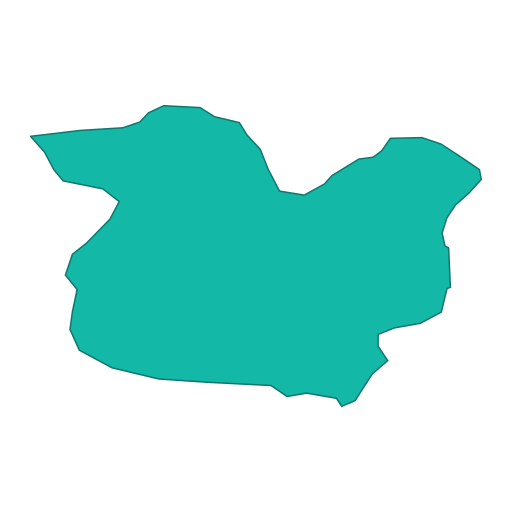 Trollhättan, Västra Götaland, Sweden
{"feature_id": "70781695B47342349503328", "entity_name": "Trollhättan", "entity_type": "district", "adm_level": 2, "iso_a3": "SWE", "parent_name": "Sweden", "parent_adm1": "Västra Götaland", "projection": "robinson", "projection_center": [12.405, 58.23], "detail": "fine", "context": "isolated", "style": "filled", "palette": "teal", "viewbox_px": 512, "rotation_deg": 0, "n_neighbors": 0, "source": "geoboundaries", "source_scale": "gbopen_adm2", "svg_char_len": 923}
<svg xmlns="http://www.w3.org/2000/svg" viewBox="0 0 512 512"><path d="M341.7,406.3L355.2,400.6L364.7,385.6L372.4,373.8L387.7,360.6L378.1,346.2L378.1,334.4L394.4,327.9L420.2,323.3L441.3,312.1L447.0,288.6L450.4,287.3L448.6,247.9L448.8,247.9L445.0,246.0L442.1,233.0L446.9,217.9L455.5,204.9L468.9,193.1L481.3,179.4L479.4,169.6L463.1,158.5L441.1,144.1L421.9,137.6L390.9,138.3L390.4,138.3L381.8,150.7L373.2,157.2L358.8,159.1L332.1,175.5L324.4,184.0L304.3,195.1L279.5,191.1L268.0,168.9L260.3,149.4L247.0,135.0L239.3,122.6L214.5,116.7L200.1,107.6L163.8,105.7L148.5,112.8L139.9,122.0L122.7,127.8L80.6,130.4L30.7,136.3L30.7,136.5L44.6,152.2L53.9,169.8L63.2,180.9L102.9,188.9L119.2,201.6L109.9,219.2L86.5,243.1L72.4,254.3L65.4,275.1L77.1,289.5L72.4,311.8L70.0,329.4L79.3,350.2L112.0,367.8L158.8,379.0L207.9,382.3L271.0,385.5L287.1,396.5L306.5,393.1L336.4,398.3L341.7,406.3Z" fill="#14b8a6" stroke="#0f766e" stroke-width="1.5"/></svg>